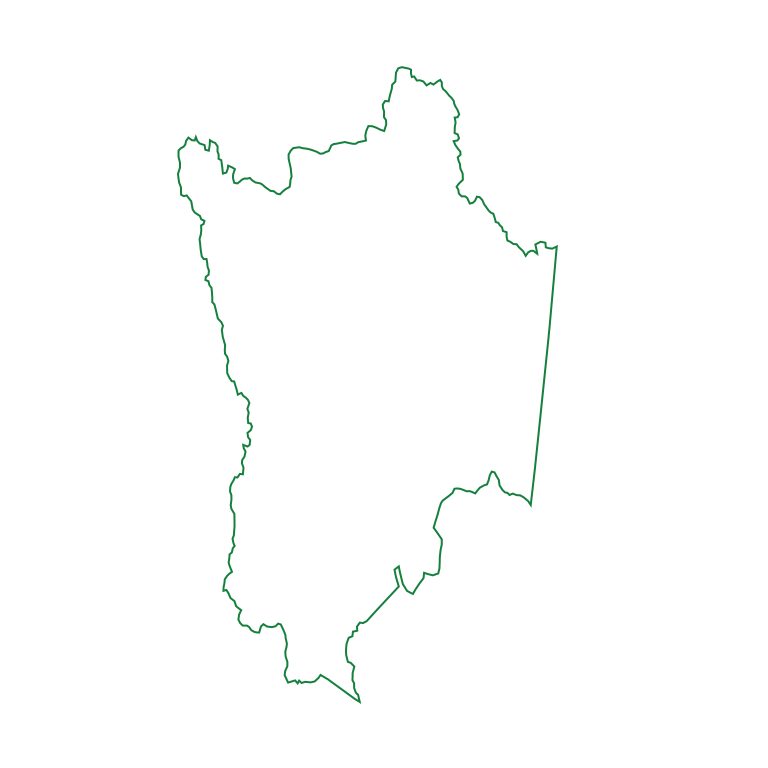 outline of Jaraguá, Goiás, Brazil, rotated 350°
{"feature_id": "56859067B8388721460270", "entity_name": "Jaraguá", "entity_type": "district", "adm_level": 2, "iso_a3": "BRA", "parent_name": "Brazil", "parent_adm1": "Goiás", "projection": "equal_earth", "projection_center": [-49.418, -15.72], "detail": "fine", "context": "isolated", "style": "outline", "palette": "green", "viewbox_px": 768, "rotation_deg": 350, "n_neighbors": 0, "source": "geoboundaries", "source_scale": "gbopen_adm2", "svg_char_len": 5532}
<svg xmlns="http://www.w3.org/2000/svg" viewBox="0 0 768 768"><g transform="rotate(350 384 384)"><path d="M452.8,75.6L449.9,79.4L447.7,88.1L444.0,90.7L442.9,94.7L441.2,98.2L439.5,101.9L437.7,106.4L434.2,105.5L431.3,108.6L431.0,112.0L431.4,115.8L430.3,121.2L431.8,124.5L431.3,128.7L428.1,134.9L424.7,133.0L420.7,130.1L417.2,128.1L413.4,127.3L410.6,131.5L408.7,136.1L408.5,141.1L405.0,141.3L400.5,141.4L397.9,142.5L395.2,142.1L390.9,140.4L387.4,138.9L382.5,139.0L378.4,139.1L376.1,139.0L373.6,139.9L370.0,145.0L366.5,145.5L364.2,146.4L361.1,146.1L358.2,143.7L355.5,142.1L352.6,140.5L348.7,138.8L345.5,137.9L341.6,136.1L335.6,135.9L332.8,137.9L329.9,141.4L329.2,145.7L329.6,155.4L329.0,163.8L327.3,166.9L326.3,170.8L325.2,173.6L321.0,175.0L317.6,176.9L314.5,179.1L311.5,177.9L309.1,175.1L305.6,174.0L303.7,172.0L301.7,170.0L298.1,165.7L296.0,164.5L292.4,163.2L289.5,160.5L287.7,157.8L284.9,158.0L282.1,157.4L279.4,158.2L276.9,159.8L274.4,161.0L271.4,159.8L271.0,154.7L271.9,151.2L274.5,146.5L272.0,144.3L268.4,141.9L267.5,144.9L265.5,148.4L261.9,148.8L262.4,141.9L262.6,135.3L260.2,133.5L261.0,129.4L260.4,126.0L261.4,121.1L259.6,117.3L257.2,115.8L254.9,113.7L253.9,118.3L252.0,123.8L248.7,122.3L248.8,117.6L244.2,115.1L242.4,112.4L241.6,108.2L239.9,111.3L237.2,110.6L234.2,107.4L231.3,110.2L229.9,113.7L227.7,115.6L224.9,116.5L222.2,118.4L221.1,124.6L221.5,130.9L220.6,135.6L217.6,141.3L217.3,146.4L217.2,149.9L218.2,155.1L217.5,159.2L217.1,162.4L219.4,164.2L222.5,164.1L223.8,166.7L225.9,170.6L225.9,179.0L227.3,182.1L229.8,184.6L231.9,186.5L232.6,190.1L235.5,192.1L234.1,195.1L231.4,196.1L230.8,200.7L229.7,204.6L227.5,209.4L227.3,213.7L226.8,219.7L226.7,226.8L228.2,229.7L230.9,230.1L230.9,234.5L230.6,237.8L231.3,241.9L230.2,245.9L227.1,247.6L226.2,250.6L229.0,252.3L229.2,256.2L230.8,259.4L230.4,264.9L229.9,269.2L229.1,273.5L230.8,276.2L231.3,282.4L231.7,290.6L234.6,295.0L235.5,298.7L233.7,302.6L233.4,309.5L234.3,318.2L233.1,322.9L232.7,326.6L234.3,330.0L234.7,334.4L232.6,338.6L231.5,346.1L232.8,350.9L234.5,354.7L236.9,355.5L237.4,360.1L237.9,364.0L238.2,369.1L242.0,368.0L243.3,371.2L245.5,373.4L247.3,376.1L248.1,379.4L245.1,384.8L245.8,388.6L243.9,393.7L243.5,398.9L245.9,399.7L246.6,403.1L244.8,406.3L241.1,408.4L240.9,412.7L242.5,415.9L241.2,420.5L238.8,421.9L234.8,419.5L234.7,422.9L235.9,426.5L234.0,431.3L231.1,434.3L230.3,437.4L231.1,442.2L229.3,448.4L226.5,447.5L223.5,450.6L221.0,449.9L219.0,452.9L216.5,455.7L214.8,458.6L213.7,463.1L214.4,466.9L213.6,471.7L212.0,476.7L212.0,480.4L214.1,485.9L213.1,492.2L212.1,498.2L210.7,503.6L209.9,506.9L208.0,510.0L208.1,514.3L208.8,517.5L206.6,519.5L204.9,523.5L202.3,525.0L201.5,528.5L200.0,532.8L200.4,536.6L201.7,542.6L198.7,544.0L196.2,545.7L193.3,548.7L192.3,552.3L190.7,556.4L190.0,559.8L193.0,559.5L194.4,562.8L195.7,568.2L199.0,571.8L199.8,577.1L201.6,579.3L204.1,581.9L201.3,585.9L199.7,590.7L200.9,594.6L203.0,597.4L207.0,598.1L208.9,599.8L210.5,603.3L213.2,605.6L215.6,606.6L217.9,607.1L220.7,601.5L223.5,599.6L226.7,602.5L231.4,604.0L235.2,603.7L238.1,601.6L240.6,602.9L242.1,608.3L243.3,613.8L243.0,617.2L243.3,622.6L242.4,625.9L240.3,630.5L239.8,635.3L240.6,640.9L239.8,645.2L236.8,649.6L235.6,653.5L237.7,661.4L245.0,660.5L247.0,663.8L248.9,661.4L250.9,664.1L254.6,663.6L260.0,665.1L264.1,664.9L268.7,661.9L271.0,659.5L277.5,665.1L300.6,689.1L304.9,692.9L304.5,685.5L302.7,683.2L301.8,678.3L302.6,673.6L301.5,670.1L302.3,666.7L302.9,663.3L305.7,657.1L302.8,652.8L300.2,651.4L299.7,644.6L300.2,640.3L301.8,633.9L303.5,630.7L305.2,627.8L309.1,626.9L310.4,622.5L314.8,622.3L315.3,618.2L318.8,614.8L321.9,615.8L325.8,614.5L338.9,604.4L363.4,586.0L362.3,576.2L362.1,568.7L366.9,566.2L367.0,572.5L367.8,584.3L370.8,591.8L376.0,595.8L379.5,591.6L385.0,585.9L389.2,582.1L390.7,576.9L394.2,578.8L398.9,580.9L404.5,580.0L406.6,575.2L407.7,570.2L409.0,563.8L410.9,557.3L413.0,552.1L413.9,547.0L411.4,541.4L409.5,537.4L407.9,534.2L411.0,527.9L413.8,522.6L416.9,515.9L419.3,511.4L421.3,509.2L424.7,507.4L428.3,505.6L432.5,503.2L435.2,499.4L438.2,499.6L441.1,500.6L443.8,502.1L446.7,504.0L449.5,504.3L451.8,505.5L454.8,507.6L457.2,505.4L460.3,502.8L464.5,501.3L468.0,500.8L470.3,497.0L472.4,492.2L474.9,489.0L477.5,490.2L478.9,494.6L480.4,498.4L480.2,504.0L482.2,508.8L484.3,511.7L486.7,512.7L488.4,515.1L491.7,514.3L495.4,516.5L498.8,517.3L501.7,519.7L505.6,524.3L507.5,528.6L517.5,495.0L532.5,442.7L533.6,438.8L548.9,385.1L554.2,366.5L555.1,363.1L556.7,357.5L578.0,278.6L573.3,279.9L569.8,278.9L567.1,277.5L567.5,272.9L563.0,271.1L557.3,272.9L557.5,278.3L557.5,282.3L554.3,278.9L552.0,278.3L548.8,279.4L545.8,282.4L544.1,277.4L540.5,272.6L539.0,269.5L535.6,268.5L533.0,265.8L530.5,264.2L530.3,260.6L531.1,255.8L527.7,254.0L527.5,250.2L525.8,248.0L524.5,245.1L522.2,243.9L521.9,240.2L521.2,235.3L518.9,233.7L517.2,231.4L513.9,224.5L512.7,219.8L510.6,216.6L508.0,215.7L505.5,219.3L502.9,221.0L499.8,221.2L498.3,215.4L496.6,213.4L493.0,212.6L490.8,209.4L490.9,205.5L489.7,202.4L492.5,199.7L497.1,196.6L498.0,190.5L496.6,185.0L497.0,180.5L496.2,177.1L496.0,173.5L499.2,171.5L499.5,168.4L497.6,165.0L495.7,160.9L494.8,156.9L498.4,157.0L500.5,155.2L500.0,151.1L497.1,149.1L498.3,143.5L499.9,138.9L499.9,133.9L502.7,134.1L504.9,131.5L503.9,126.5L502.7,123.6L501.9,120.6L501.8,117.3L500.2,114.0L498.3,111.4L495.6,106.5L493.4,103.8L492.7,100.7L493.3,97.1L492.2,94.3L488.9,95.5L484.7,97.7L482.0,95.6L477.8,97.3L475.3,92.9L472.2,91.2L469.0,90.8L467.1,86.4L464.7,86.5L464.5,82.8L465.2,79.2L463.2,77.7L456.6,75.1L452.8,75.6Z" fill="none" stroke="#15803d" stroke-width="2"/></g></svg>